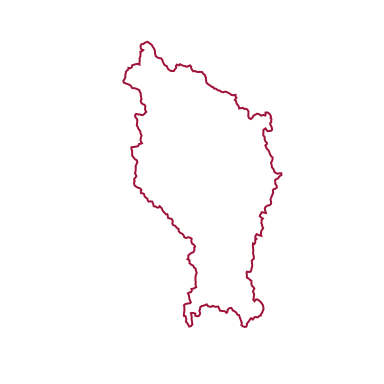 outline of Cunha, São Paulo, Brazil, rotated 127°
{"feature_id": "56859067B27501626478816", "entity_name": "Cunha", "entity_type": "district", "adm_level": 2, "iso_a3": "BRA", "parent_name": "Brazil", "parent_adm1": "São Paulo", "projection": "natural_earth1", "projection_center": [-44.92, -23.055], "detail": "fine", "context": "isolated", "style": "outline", "palette": "rose", "viewbox_px": 384, "rotation_deg": 127, "n_neighbors": 0, "source": "geoboundaries", "source_scale": "gbopen_adm2", "svg_char_len": 6006}
<svg xmlns="http://www.w3.org/2000/svg" viewBox="0 0 384 384"><g transform="rotate(127 192 192)"><path d="M299.3,118.8L299.6,116.7L301.1,113.2L299.5,112.0L297.4,112.1L293.7,115.9L292.0,117.0L290.8,118.3L289.4,120.0L287.8,118.2L287.1,116.1L288.8,115.0L288.0,112.9L286.8,112.0L285.4,112.0L283.9,112.5L282.5,114.6L280.9,115.1L279.3,116.0L277.3,115.7L276.3,114.7L274.4,113.5L272.9,112.6L273.5,110.3L272.4,107.8L270.4,106.9L269.8,104.5L267.7,102.0L269.9,98.3L269.0,96.4L267.9,94.8L267.4,93.4L267.8,91.8L266.7,91.5L264.4,92.6L262.4,92.3L261.0,91.0L261.3,89.6L262.1,88.1L261.7,86.7L261.6,85.0L262.0,83.3L262.7,81.9L262.0,80.3L263.4,78.4L265.5,75.0L266.9,73.2L268.6,72.5L268.6,70.4L268.1,68.9L267.0,67.6L265.3,68.0L264.2,68.9L260.8,68.8L259.6,68.9L258.5,69.1L257.2,68.9L257.3,66.8L255.7,66.6L254.5,66.8L253.4,65.8L252.9,64.4L251.6,63.8L250.2,63.7L249.3,62.7L247.5,63.4L245.9,63.4L244.7,63.9L243.4,64.0L242.0,64.8L239.8,67.1L238.6,70.4L238.2,74.3L239.2,76.2L241.6,76.3L241.1,78.3L239.2,79.1L237.8,80.0L236.5,80.6L235.7,81.7L234.9,83.3L233.1,83.9L231.5,84.2L231.1,85.8L230.7,88.0L229.7,89.2L227.1,91.2L227.3,92.9L227.0,94.3L227.4,96.5L224.9,98.6L223.9,99.6L222.7,100.2L221.9,98.9L220.6,97.3L219.5,97.4L215.3,99.2L213.7,100.2L212.4,101.7L210.7,103.0L207.9,102.5L206.6,103.6L203.7,106.8L202.3,107.4L197.7,111.6L196.3,112.3L196.1,110.9L194.4,111.0L193.3,111.8L192.1,112.8L190.6,112.3L190.5,114.0L188.7,114.9L186.7,115.0L186.5,113.3L185.9,111.7L185.3,110.2L184.1,111.8L182.6,112.6L181.2,113.2L178.0,113.4L177.0,115.4L175.8,116.5L175.0,118.0L172.1,119.7L170.6,119.4L170.7,121.1L170.6,123.3L169.4,123.8L168.1,123.8L166.2,124.2L164.3,120.3L162.7,122.5L161.5,123.8L160.1,124.3L157.4,123.6L155.9,122.1L154.3,121.7L153.2,122.1L152.3,122.9L150.9,124.7L149.5,125.2L146.3,126.1L144.7,126.4L143.4,126.9L142.4,128.2L140.9,128.6L139.3,127.5L137.6,126.9L136.5,127.6L135.9,128.7L135.3,130.5L133.8,131.6L132.6,132.8L131.4,132.6L129.1,131.4L127.6,131.7L126.2,131.4L124.6,130.8L123.3,132.0L124.4,133.4L125.8,134.5L126.3,136.1L126.4,138.3L125.1,139.9L124.5,141.4L124.2,142.9L122.2,145.0L121.1,146.5L119.4,146.7L118.3,147.0L116.9,147.6L115.9,148.5L115.9,150.1L115.0,152.3L113.5,154.4L112.6,156.3L112.5,158.1L111.5,160.0L110.6,161.5L108.9,161.0L107.7,161.7L107.4,163.8L106.2,165.7L104.3,167.1L104.0,169.0L99.5,172.3L98.0,172.0L96.9,171.5L97.6,170.0L97.9,168.2L95.5,165.7L94.2,165.5L92.7,166.8L91.7,168.5L91.0,170.1L89.9,171.0L88.7,170.7L87.3,171.7L85.9,172.5L85.6,173.8L84.2,174.3L83.3,176.1L82.9,178.4L83.3,180.1L84.4,181.1L85.3,180.1L86.8,179.5L87.5,181.5L89.4,182.7L89.5,185.3L90.3,187.2L92.6,188.1L94.1,188.8L95.4,188.6L97.0,188.6L98.4,189.0L98.6,191.0L97.7,192.6L96.0,193.7L95.0,194.5L93.6,195.4L92.8,197.6L93.1,199.0L94.3,200.3L94.1,201.9L96.9,204.6L95.8,205.8L95.0,207.6L94.6,209.5L92.9,211.5L92.7,213.2L90.0,213.2L89.6,214.6L88.2,215.7L90.0,217.4L90.8,219.1L90.6,220.7L91.1,223.5L91.7,225.8L93.5,227.0L94.4,229.2L94.3,230.8L95.2,232.7L95.1,235.0L96.1,236.6L95.5,237.9L96.1,239.4L96.0,241.7L96.2,244.3L96.1,246.1L94.8,247.4L93.9,248.5L92.1,249.8L91.7,251.1L90.8,252.1L90.7,254.6L90.1,256.1L91.3,258.0L93.1,260.2L93.5,262.3L94.9,263.7L94.3,265.8L93.4,267.4L92.4,268.1L92.1,269.8L95.1,271.4L95.5,273.0L96.4,274.9L97.0,276.8L97.1,278.4L98.8,278.7L99.3,280.7L101.1,280.7L102.2,279.4L103.5,279.4L105.1,279.5L106.3,279.3L107.3,280.5L108.2,282.4L108.2,284.7L107.7,286.2L106.7,287.6L107.1,290.6L105.6,293.5L104.6,294.9L103.8,296.9L104.7,298.6L105.4,300.8L105.4,302.5L104.4,303.8L103.5,305.1L101.8,306.2L100.3,308.6L99.7,310.7L98.8,312.4L98.7,314.5L98.8,316.0L98.8,317.9L101.2,319.5L103.0,319.9L104.4,321.3L106.2,321.1L107.6,319.9L108.5,318.4L108.0,316.4L109.6,316.6L111.0,317.7L112.5,316.3L114.4,315.1L115.5,314.6L116.8,314.3L118.6,312.8L120.4,311.7L121.8,310.6L122.3,312.5L124.1,314.1L126.7,316.0L128.8,315.2L130.3,315.8L131.1,317.5L132.4,316.6L134.3,317.1L135.8,317.1L137.3,316.3L139.0,315.5L140.0,314.5L141.8,313.9L144.6,313.7L145.7,312.2L145.2,310.4L144.4,308.0L143.9,305.1L145.0,302.2L143.8,300.6L143.1,298.8L142.3,295.5L143.5,294.0L143.7,292.7L144.9,291.8L146.0,290.6L147.1,289.6L148.1,288.2L149.3,288.1L150.6,287.3L151.4,285.9L151.4,283.9L150.9,282.4L151.5,280.9L153.5,279.8L154.8,278.6L155.5,276.7L156.7,277.0L158.0,276.9L160.4,277.7L161.8,280.8L162.6,282.0L163.2,283.6L164.9,283.7L166.3,282.3L166.8,279.9L168.2,278.4L172.1,276.1L172.7,274.5L173.7,272.9L174.6,270.0L176.2,268.3L177.2,266.3L179.9,265.3L181.5,264.4L182.5,263.0L183.2,261.3L184.5,262.1L185.5,263.2L187.6,262.7L188.8,263.3L189.7,264.5L190.9,265.2L191.7,266.4L192.8,267.3L194.1,266.2L195.1,264.7L199.0,261.6L200.1,257.6L199.9,255.2L201.0,253.6L203.0,253.1L205.3,252.6L206.7,251.3L209.9,249.3L211.3,248.9L212.0,247.2L212.8,246.0L214.3,245.8L215.9,246.1L217.1,245.5L217.9,244.3L219.6,243.8L221.0,242.3L221.4,241.0L221.2,238.4L220.3,235.6L220.9,233.5L222.4,233.3L223.6,232.0L222.7,230.5L222.5,229.1L224.0,227.2L224.3,225.4L224.2,223.7L225.2,222.4L225.8,220.9L224.6,219.7L223.6,218.0L225.0,215.6L226.4,214.0L225.6,212.3L225.3,210.3L224.4,209.3L222.8,209.3L223.2,206.4L224.6,204.0L225.5,199.5L224.6,198.3L225.6,197.0L227.1,195.6L225.8,192.1L226.4,190.4L227.7,189.3L229.2,188.7L229.7,187.1L229.1,184.9L229.5,183.5L229.8,182.0L229.6,180.4L230.6,179.8L231.4,178.7L231.7,176.8L231.2,174.4L231.7,172.5L232.8,170.8L232.3,169.0L230.4,167.8L229.6,166.0L229.5,164.2L230.8,163.5L232.1,162.6L233.1,161.0L233.0,158.8L233.8,156.6L235.3,156.7L236.3,155.5L237.6,154.9L239.2,154.7L241.5,156.0L243.3,156.5L244.9,156.8L246.7,155.3L248.4,155.2L247.9,153.2L249.0,152.1L250.3,151.3L250.5,148.8L250.1,146.8L251.0,145.0L251.2,142.7L252.4,141.6L253.6,139.7L255.3,139.1L256.5,138.8L259.3,137.0L260.9,135.7L261.9,134.6L263.5,133.8L264.6,132.6L265.4,131.4L268.2,132.6L269.7,134.1L270.9,132.8L272.5,132.5L273.5,133.4L275.4,134.3L276.0,132.8L277.1,131.7L278.3,130.3L279.2,129.5L280.8,126.5L282.0,126.6L283.5,128.2L285.4,129.8L287.3,130.3L288.1,129.2L289.6,128.0L291.3,126.7L294.2,125.1L295.8,123.9L295.1,122.6L295.9,121.3L297.2,119.8L299.3,118.8Z" fill="none" stroke="#9f1239" stroke-width="2"/></g></svg>